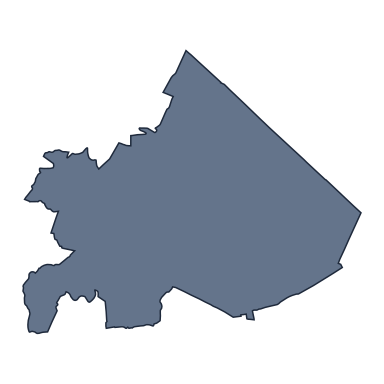 the district of Giong Rieng, Kiên Giang, Vietnam
{"feature_id": "81297802B19779239086561", "entity_name": "Giong Rieng", "entity_type": "district", "adm_level": 2, "iso_a3": "VNM", "parent_name": "Vietnam", "parent_adm1": "Kiên Giang", "projection": "orthographic", "projection_center": [105.287, 9.934], "detail": "fine", "context": "isolated", "style": "filled", "palette": "slate", "viewbox_px": 384, "rotation_deg": 0, "n_neighbors": 0, "source": "geoboundaries", "source_scale": "gbopen_adm2", "svg_char_len": 5805}
<svg xmlns="http://www.w3.org/2000/svg" viewBox="0 0 384 384"><path d="M23.4,288.3L23.0,291.0L23.1,291.4L24.0,293.0L24.6,294.4L24.8,295.3L24.8,296.0L24.5,297.3L24.4,298.1L24.6,302.8L24.9,303.9L25.3,304.6L26.0,305.3L26.5,305.6L26.7,305.9L27.1,306.7L27.5,307.6L28.0,308.5L29.2,310.0L29.5,311.9L29.8,312.8L29.9,313.4L29.8,314.4L29.3,316.5L28.3,320.3L28.1,322.4L27.9,324.7L28.0,327.3L28.3,329.1L28.8,330.9L29.2,331.8L29.4,332.0L29.7,332.1L31.4,331.5L32.1,331.3L32.5,331.4L34.3,331.8L35.1,332.1L36.1,332.9L37.1,333.4L38.9,333.3L41.7,332.5L43.2,332.2L47.6,331.9L51.9,322.0L57.1,310.8L56.3,308.7L56.0,307.8L56.0,306.8L56.2,306.4L57.6,305.1L57.8,304.2L57.5,303.8L57.0,303.3L56.7,302.9L56.7,302.6L58.2,300.2L60.0,297.0L60.3,296.5L61.2,296.0L63.7,295.0L64.4,294.7L64.9,294.3L65.1,294.1L66.1,291.8L67.3,292.3L68.5,292.9L69.5,293.9L70.2,295.0L70.9,296.7L72.4,298.7L73.4,299.8L74.6,300.3L75.8,300.3L76.3,300.1L77.2,299.6L79.1,297.1L80.3,296.3L80.9,296.1L81.8,295.9L82.3,296.0L83.6,296.2L84.6,296.5L85.0,296.7L87.9,301.3L88.3,301.7L88.7,302.0L89.2,302.1L89.7,302.1L90.5,301.6L92.4,299.9L93.9,298.2L95.0,296.2L95.5,294.8L95.5,293.6L95.5,292.8L94.9,290.8L94.8,290.1L95.1,290.0L95.7,290.2L97.4,291.1L97.7,291.4L98.0,292.1L98.1,292.7L98.2,294.0L98.1,296.6L105.2,301.4L106.2,311.9L106.6,318.8L106.7,320.3L107.0,321.4L105.9,322.8L105.9,326.2L106.3,328.3L114.5,326.9L114.9,327.4L121.4,326.8L122.6,326.8L124.0,327.1L125.4,328.0L125.7,328.2L126.1,328.3L126.5,328.2L127.8,327.2L128.3,327.8L128.5,328.0L128.9,328.2L129.7,328.2L131.2,327.8L132.2,328.0L132.7,327.6L133.6,327.1L134.5,326.7L140.7,325.9L143.5,325.7L144.8,325.3L145.4,325.0L146.4,324.7L148.0,324.7L149.7,324.9L152.6,325.9L153.2,325.9L153.4,325.8L153.7,325.2L154.1,323.9L156.2,323.3L156.9,323.0L160.1,320.7L160.4,315.8L160.3,313.2L160.3,310.8L160.4,310.2L161.6,308.3L161.9,306.5L161.7,305.1L161.1,303.5L160.1,302.1L160.0,301.7L160.0,301.1L160.1,300.4L160.3,299.7L161.6,297.4L165.8,292.9L166.4,292.4L167.1,292.1L168.6,292.0L168.9,291.9L169.3,291.5L171.6,289.0L172.0,288.3L172.6,286.9L175.7,287.5L184.3,291.6L191.2,295.1L199.5,299.0L205.0,301.9L210.8,304.7L213.2,306.2L217.2,307.9L224.7,311.9L233.2,317.2L241.0,316.2L240.8,314.9L242.1,314.7L243.4,314.6L246.2,314.1L246.9,318.8L248.1,319.2L249.8,319.3L254.1,319.8L254.0,318.6L252.4,310.9L252.6,310.7L253.2,310.4L254.0,310.1L256.7,310.1L257.2,310.0L258.7,309.2L259.1,309.1L260.0,309.0L260.7,308.9L265.1,307.4L271.0,306.0L273.2,305.5L276.2,304.8L277.4,304.5L278.2,304.0L279.0,303.4L280.3,302.1L287.0,297.8L289.5,296.5L292.2,295.4L296.3,294.1L298.4,294.0L313.5,285.5L332.9,273.5L342.3,267.5L340.7,264.3L338.3,263.4L339.7,259.5L344.5,249.2L348.8,239.5L361.0,212.8L353.8,206.2L326.0,179.9L325.7,179.7L325.2,179.6L306.5,162.2L303.9,159.6L293.8,150.3L268.7,127.1L265.9,124.4L260.1,118.9L243.0,102.4L229.4,89.5L224.3,84.4L221.9,83.3L220.7,82.8L220.9,82.4L216.7,78.5L198.9,62.2L190.5,54.4L189.4,53.6L186.0,50.6L175.8,73.0L175.0,73.9L172.7,75.8L171.2,77.7L163.1,92.4L173.2,96.5L171.9,99.2L170.8,102.5L169.6,106.3L169.0,107.6L168.3,108.4L167.4,108.9L166.9,109.4L165.5,112.3L162.2,119.9L160.2,124.4L159.4,125.3L156.5,127.4L155.5,127.9L155.3,128.2L155.3,128.5L155.7,128.9L156.5,129.4L156.7,129.9L156.7,130.6L156.5,131.2L155.9,131.9L155.3,132.4L154.7,132.5L154.1,132.2L149.1,129.2L147.8,128.4L146.9,128.2L144.3,128.1L141.7,128.1L139.6,128.0L139.2,128.5L139.4,129.2L139.9,129.9L141.0,130.6L143.4,131.5L144.8,132.2L145.7,132.7L146.0,133.1L146.1,133.3L146.0,133.7L145.9,133.9L145.3,134.2L141.8,134.5L137.6,134.7L134.2,135.2L132.2,135.5L130.8,135.6L130.8,145.8L128.3,145.7L126.5,145.5L125.9,145.4L124.6,144.8L123.3,144.5L121.5,143.7L118.9,142.9L109.6,159.0L103.2,164.8L98.8,169.0L97.0,166.3L96.6,165.0L96.2,162.1L96.2,160.9L95.9,160.0L94.5,159.9L93.6,160.2L92.4,160.1L91.0,159.6L89.9,158.7L89.0,157.8L88.3,155.7L87.8,153.5L87.6,152.0L87.5,148.2L87.4,148.0L87.0,147.9L85.9,148.7L84.9,149.8L82.7,152.4L80.1,153.5L78.7,153.9L76.8,154.1L75.1,154.3L74.4,154.1L73.2,153.6L72.6,153.5L72.3,153.6L71.5,154.3L70.8,155.0L68.0,157.6L67.4,157.8L67.2,157.8L67.0,157.6L67.2,156.4L67.7,154.6L68.7,152.2L67.9,152.1L65.7,151.8L63.0,151.7L61.9,151.4L59.8,150.2L59.1,150.0L58.4,150.0L57.3,150.3L55.6,150.4L54.8,150.6L53.3,151.8L52.7,152.1L52.1,152.3L51.3,152.2L49.7,151.8L49.1,151.7L48.6,151.9L47.5,152.6L45.7,152.8L44.9,153.4L44.2,154.8L43.5,156.4L53.4,163.5L53.7,165.1L53.7,166.0L53.6,166.7L53.1,167.8L51.8,168.1L50.2,168.4L43.9,168.5L40.1,168.2L39.9,168.3L39.5,168.9L39.5,169.4L39.6,170.0L39.6,171.0L39.7,171.3L40.3,171.9L40.5,172.2L40.5,172.7L40.2,173.0L39.7,173.2L39.6,173.3L38.2,174.4L37.8,175.0L36.4,177.6L35.9,178.3L35.6,179.6L35.5,180.3L35.3,181.4L35.0,182.2L34.3,183.3L34.0,184.0L33.6,184.5L32.1,185.7L31.7,186.2L31.7,186.6L31.8,187.1L32.5,188.1L32.4,188.9L32.1,189.8L31.7,190.2L30.5,191.5L27.8,195.0L25.8,197.4L24.6,199.4L29.0,201.1L29.4,201.4L29.6,201.7L36.9,201.6L38.0,201.7L39.0,200.9L39.5,200.7L40.6,200.7L41.1,200.9L41.5,201.3L42.4,202.4L44.4,203.4L44.7,203.7L44.8,204.8L45.4,205.4L45.5,206.0L46.6,207.8L47.8,208.8L48.3,209.0L50.3,209.1L50.6,209.3L52.3,211.1L52.8,211.4L53.7,211.8L54.6,211.8L58.4,211.3L55.9,218.3L51.0,233.0L53.8,233.5L54.1,234.8L54.3,236.8L54.7,238.4L54.9,239.1L55.4,239.5L56.6,239.9L56.9,240.2L57.9,242.6L59.8,246.2L61.6,246.4L61.8,247.8L63.0,248.3L71.1,250.0L74.6,250.8L71.3,254.1L70.3,255.2L69.9,256.3L69.6,256.6L69.2,256.9L68.0,257.4L60.0,264.0L59.1,264.6L58.2,264.6L56.2,264.5L55.2,264.6L54.4,265.3L54.2,265.5L53.9,265.5L52.9,265.4L51.1,264.7L47.5,264.5L46.6,264.6L44.1,265.3L41.6,266.6L41.1,267.0L40.1,268.1L39.6,268.3L39.1,268.2L37.5,270.9L36.8,271.7L35.3,273.1L34.8,272.6L34.4,272.3L33.4,271.9L32.3,271.8L31.6,271.9L30.8,272.2L29.6,273.3L29.2,274.0L29.0,274.8L29.0,276.7L28.7,278.5L28.4,279.0L25.4,282.4L23.4,285.1L23.2,285.8L23.1,286.4L23.4,287.3L23.4,288.3Z" fill="#64748b" stroke="#1e293b" stroke-width="1.5"/></svg>